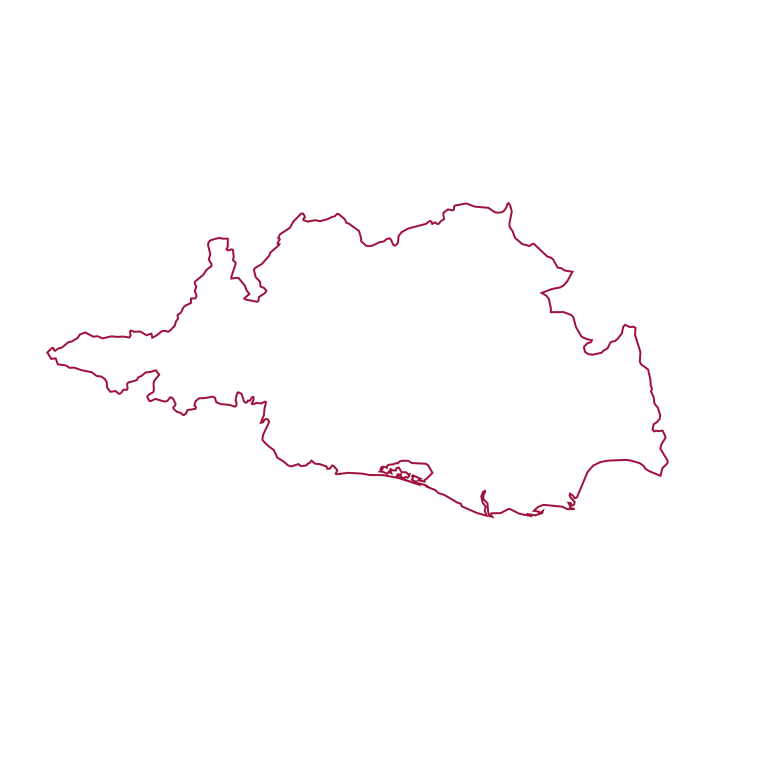 the State of Odisha, rotated 45°
{"feature_id": "IND-2444", "entity_name": "Odisha", "entity_type": "State", "adm_level": 1, "iso_a3": "IND", "parent_name": "India", "parent_adm1": "", "projection": "mercator", "projection_center": [83.889, 20.172], "detail": "fine", "context": "isolated", "style": "outline", "palette": "rose", "viewbox_px": 768, "rotation_deg": 45, "n_neighbors": 0, "source": "natural_earth", "source_scale": "10m", "svg_char_len": 6165}
<svg xmlns="http://www.w3.org/2000/svg" viewBox="0 0 768 768"><g transform="rotate(45 384 384)"><path d="M644.4,253.5L632.8,258.2L628.6,259.1L625.4,258.3L620.7,259.2L613.2,263.3L609.0,266.3L596.5,279.9L592.1,286.4L589.6,293.9L590.2,302.4L600.6,327.7L599.6,330.0L596.4,329.3L593.1,330.0L594.0,331.5L595.9,332.2L602.4,332.7L603.5,334.8L603.4,336.4L602.5,337.0L600.2,336.2L598.4,337.6L602.4,338.8L603.1,340.1L607.2,337.6L603.8,341.3L601.5,343.1L596.9,344.6L582.2,356.7L579.9,361.9L579.6,367.7L583.8,364.8L585.4,365.7L586.1,361.4L587.2,363.4L583.7,370.0L577.3,374.5L578.0,375.4L582.5,372.6L571.7,379.9L561.7,383.3L560.3,384.5L557.9,392.7L551.4,399.5L552.5,401.1L554.4,401.4L551.9,402.9L547.7,400.5L541.5,395.2L535.8,395.2L532.7,392.0L531.9,389.0L531.0,388.3L530.3,390.2L532.3,394.7L537.6,398.1L542.7,398.9L544.9,402.5L549.8,404.5L540.9,409.5L525.5,415.5L522.8,414.3L520.7,415.7L504.8,419.9L499.8,422.6L495.2,422.8L485.7,426.9L486.9,425.7L484.9,426.1L479.3,429.5L471.4,431.9L470.6,429.5L469.2,429.4L468.9,428.2L477.0,425.1L476.4,427.6L481.7,424.4L480.5,423.4L481.1,422.0L481.1,412.6L473.1,410.3L470.0,410.8L459.7,420.1L455.3,421.3L451.2,425.3L449.7,428.0L450.0,430.1L448.6,431.3L447.3,434.3L444.3,438.0L444.2,439.5L445.3,441.3L442.8,442.3L441.1,444.1L441.6,446.2L442.9,445.0L443.3,445.9L442.9,448.8L445.3,446.9L449.7,445.2L449.4,441.9L450.7,442.5L452.3,441.9L448.8,440.1L448.8,439.4L450.5,439.4L453.5,436.9L452.3,434.7L453.5,432.6L458.8,433.9L462.3,430.6L465.1,430.8L465.8,429.5L466.8,431.2L467.0,433.5L465.2,434.4L464.7,436.3L461.1,438.1L460.2,436.0L459.6,435.9L458.8,438.2L457.0,437.6L458.2,438.9L458.2,440.1L460.6,439.8L481.7,429.5L461.1,440.0L447.8,449.1L438.3,458.4L432.0,462.8L421.4,472.2L414.4,481.2L413.3,481.6L412.0,478.0L406.2,477.6L405.0,478.2L405.5,482.0L404.0,484.0L401.6,483.0L395.2,486.1L391.7,489.1L386.9,489.4L387.3,492.0L386.4,494.0L386.8,495.8L386.3,497.0L383.3,500.8L380.2,501.1L376.8,507.7L373.9,509.4L368.4,509.7L360.6,511.5L352.8,508.6L346.5,509.6L338.3,509.7L336.5,508.4L334.2,504.8L329.7,492.1L327.2,491.2L325.3,492.0L324.8,493.9L325.5,496.8L324.3,498.5L321.1,491.0L316.4,485.2L313.6,480.4L312.3,480.6L310.8,484.8L307.3,487.4L305.5,491.2L304.2,491.3L303.1,487.5L300.8,485.5L300.1,486.6L301.0,490.4L299.5,492.0L300.1,493.3L299.6,495.0L297.4,495.4L290.3,491.7L286.8,492.9L286.7,494.3L289.1,498.5L290.8,500.7L293.2,501.6L294.8,503.9L294.7,505.4L289.3,508.2L283.1,513.4L278.4,515.5L274.0,513.3L271.9,514.0L266.7,521.4L263.5,524.6L262.9,529.4L265.2,533.4L267.6,533.3L268.2,535.0L263.9,540.8L263.6,541.8L264.9,544.8L264.5,547.2L263.7,548.0L261.0,548.2L257.0,550.1L252.9,550.4L251.5,549.7L251.5,546.7L250.7,545.5L245.4,543.5L243.6,543.7L242.2,544.8L242.8,549.1L241.5,551.4L232.8,556.3L231.3,560.8L229.9,561.8L226.3,560.8L225.3,559.8L225.4,557.0L226.6,553.1L225.6,551.0L220.7,546.6L219.3,544.3L218.5,536.4L213.0,535.6L210.5,540.3L207.2,544.6L206.9,549.4L205.5,553.3L206.4,556.1L202.1,563.9L202.3,565.6L205.7,568.4L206.3,569.8L203.8,572.3L204.4,576.4L203.7,578.4L199.2,578.8L196.0,583.0L191.0,582.4L186.8,578.9L183.4,577.9L179.1,578.5L175.1,581.5L169.0,582.4L160.5,588.0L153.2,591.6L150.2,594.9L146.0,595.8L139.4,600.7L133.7,598.0L131.0,601.5L123.6,599.8L123.9,592.9L124.8,592.4L126.7,593.4L127.9,593.2L128.7,589.1L130.5,586.0L131.2,577.8L133.2,574.7L134.8,568.0L133.9,564.3L136.3,558.8L145.0,556.1L147.7,552.7L152.6,550.9L157.7,542.9L162.1,539.3L166.0,534.9L171.0,531.2L170.5,528.8L167.7,526.9L167.2,525.2L170.4,523.7L174.6,519.2L181.5,517.5L183.9,512.9L187.4,515.0L188.7,511.0L189.7,503.5L191.3,501.4L194.3,499.8L195.0,498.1L194.8,490.7L192.7,486.9L192.2,483.7L189.2,481.0L189.9,477.1L188.0,471.7L188.2,468.7L190.2,463.4L187.1,459.9L189.9,457.1L189.8,455.4L188.4,453.6L184.6,452.2L182.4,447.8L178.8,446.6L178.0,445.2L179.0,434.3L177.8,429.0L178.6,422.5L177.2,421.2L172.1,419.9L169.4,415.0L161.2,410.1L159.5,407.2L160.0,404.4L164.2,397.1L166.7,395.7L170.8,391.7L176.3,397.3L177.4,400.2L179.4,399.7L181.1,396.4L182.5,396.0L188.2,400.8L189.6,403.2L192.9,403.1L194.1,403.8L200.3,416.2L201.6,417.4L204.7,413.0L206.4,411.9L216.2,412.9L220.5,414.9L225.1,415.6L224.7,422.4L226.2,422.3L236.1,415.6L236.6,414.5L234.1,410.8L235.5,404.2L235.0,401.3L231.4,400.9L227.8,402.4L223.9,399.3L217.9,399.2L211.1,395.2L210.9,392.8L212.8,385.5L212.1,374.5L210.7,371.5L211.5,360.1L211.2,359.1L209.9,360.0L209.0,359.5L208.1,355.6L207.4,355.1L206.2,355.7L204.6,351.8L207.0,340.2L205.0,333.0L204.9,322.1L206.3,320.7L209.3,321.4L210.1,321.9L210.2,324.2L211.1,325.1L215.1,323.2L219.5,316.9L223.6,314.1L227.4,307.7L229.2,302.5L230.6,300.3L230.5,297.0L231.7,295.9L239.9,295.2L243.2,296.6L245.9,295.4L258.1,293.5L264.5,296.9L267.0,299.2L273.4,298.9L276.0,297.1L278.1,294.1L280.5,287.0L283.1,283.3L283.4,279.4L285.0,277.0L286.9,277.0L292.0,279.0L293.6,278.8L294.3,277.1L294.0,274.2L289.7,269.1L289.1,264.1L291.2,256.9L300.4,241.2L301.1,236.4L302.7,235.6L304.9,236.7L305.8,233.6L308.8,233.1L309.5,231.4L309.0,229.4L309.9,225.0L305.7,221.9L305.0,220.4L305.8,215.3L310.0,212.5L309.9,211.1L307.9,208.5L308.1,207.5L314.5,198.2L322.9,194.3L333.1,185.7L340.9,184.1L342.9,182.9L345.8,179.3L346.4,177.2L345.9,173.2L344.0,169.6L344.2,168.0L347.3,168.7L352.4,171.7L359.4,182.1L362.0,184.2L366.5,184.9L373.3,188.0L382.7,187.3L389.3,183.5L389.9,179.9L390.9,178.9L409.5,178.4L412.5,176.7L415.3,176.3L424.5,178.9L427.5,176.7L431.3,176.1L437.9,171.4L440.9,181.5L441.3,187.3L440.3,191.1L435.7,197.9L431.1,208.1L436.6,206.7L440.7,207.4L448.3,212.4L451.2,215.2L460.1,206.2L467.4,202.9L470.7,202.9L479.4,208.0L490.4,210.9L496.2,208.6L500.1,206.0L500.8,208.1L499.0,211.3L499.1,215.9L499.5,216.8L503.7,219.2L507.4,218.3L510.7,215.9L515.7,208.2L515.6,205.6L516.9,200.6L514.9,195.3L514.9,193.6L517.0,190.1L517.3,186.9L516.4,179.9L512.8,174.6L512.6,171.7L517.7,169.9L519.7,167.2L522.2,166.5L526.7,171.7L542.7,180.1L549.2,187.4L552.3,188.3L560.5,187.0L569.5,192.7L573.3,196.2L576.7,197.8L578.2,200.5L583.5,202.4L589.3,206.7L594.3,207.1L601.1,210.6L603.6,213.7L604.0,217.5L603.2,221.9L606.2,226.4L608.6,226.5L609.4,224.6L611.6,223.2L613.9,220.0L619.8,222.0L621.2,223.3L622.8,230.5L625.1,234.3L638.5,237.6L639.9,238.7L640.5,239.9L640.4,246.6L644.4,253.5Z" fill="none" stroke="#9f1239" stroke-width="2"/></g></svg>